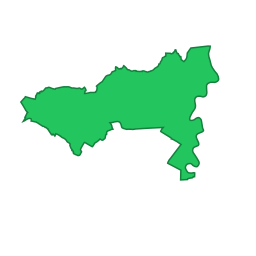 Sangeorgiu De Mures, Mures, Romania (Albers equal-area conic projection), rotated 166°
{"feature_id": "2599482B98895625146940", "entity_name": "Sangeorgiu De Mures", "entity_type": "district", "adm_level": 2, "iso_a3": "ROU", "parent_name": "Romania", "parent_adm1": "Mures", "projection": "albers", "projection_center": [24.638, 46.59], "detail": "fine", "context": "isolated", "style": "filled", "palette": "green", "viewbox_px": 256, "rotation_deg": 166, "n_neighbors": 0, "source": "geoboundaries", "source_scale": "gbopen_adm2", "svg_char_len": 5820}
<svg xmlns="http://www.w3.org/2000/svg" viewBox="0 0 256 256"><g transform="rotate(166 128 128)"><path d="M225.7,179.1L224.6,175.8L223.3,171.5L223.0,170.1L222.6,169.2L221.6,167.3L222.3,167.1L222.6,166.8L222.7,166.4L225.5,163.2L225.4,162.9L225.0,162.9L225.2,162.5L228.0,159.8L226.3,160.1L224.8,160.7L222.8,161.2L221.1,161.1L219.9,160.4L219.8,160.1L219.9,159.4L220.0,158.7L220.3,158.2L219.6,157.9L215.4,155.8L215.3,155.5L214.2,154.6L213.5,153.7L210.3,150.3L209.1,149.8L208.8,149.5L208.2,148.5L207.6,148.5L206.8,147.5L206.3,146.5L205.9,146.5L205.9,145.9L205.6,144.9L203.9,140.1L203.3,139.6L203.1,139.6L202.5,140.2L202.2,140.2L201.9,140.0L201.5,139.0L200.9,137.9L200.6,138.2L200.4,138.5L199.4,139.9L197.4,138.4L195.5,136.5L195.6,136.4L194.0,134.5L192.7,133.6L191.3,131.9L190.6,130.4L190.5,129.7L190.0,128.9L188.7,127.6L188.1,126.7L188.0,126.3L188.4,125.8L188.6,125.3L188.5,124.3L188.3,122.5L188.1,121.7L187.9,121.2L187.5,120.7L187.8,120.4L187.9,120.2L187.8,119.6L187.5,119.2L187.0,119.1L186.9,119.0L186.7,118.2L186.8,117.4L187.1,117.2L186.9,116.9L187.0,116.7L186.9,116.2L186.1,115.7L185.5,115.0L184.6,114.5L183.5,113.5L183.0,113.3L181.5,113.3L181.2,113.7L180.7,114.0L179.9,115.0L179.2,115.7L178.8,116.1L179.4,118.3L178.8,119.4L176.8,121.6L174.2,124.2L173.5,124.5L167.8,119.0L167.2,118.5L166.0,119.2L165.2,120.1L163.7,121.5L161.3,122.2L159.2,123.2L157.9,124.1L156.5,122.7L155.5,122.3L154.8,122.5L154.1,123.0L153.3,123.1L153.0,123.3L152.6,123.9L151.2,126.8L151.0,127.0L150.4,127.0L150.1,127.2L150.0,128.2L149.8,128.8L149.2,129.7L147.8,130.1L147.0,130.1L144.4,130.6L142.9,130.5L143.3,132.1L143.2,134.1L143.4,135.6L144.3,137.5L141.6,137.1L140.0,137.2L136.9,136.9L136.2,136.7L134.9,135.9L134.4,135.2L133.9,133.2L133.9,130.3L133.6,129.6L132.4,128.6L129.6,127.0L128.0,126.8L126.4,126.3L125.5,126.1L123.6,125.4L120.9,125.2L107.3,122.7L93.7,120.0L95.3,118.9L96.7,117.4L97.1,116.7L89.2,108.6L88.4,107.6L88.6,106.9L88.1,106.8L85.6,104.7L85.3,104.2L84.4,103.6L80.5,99.2L93.8,88.5L95.6,87.2L97.6,85.0L98.0,84.2L86.9,74.3L89.5,64.9L88.6,64.7L82.8,63.6L82.5,63.9L82.4,64.2L82.0,64.3L80.6,64.4L77.7,64.1L76.9,64.4L76.5,64.8L76.4,65.0L75.2,64.6L74.3,67.5L74.2,68.4L75.2,68.7L77.4,68.9L78.3,69.1L78.7,69.4L79.5,69.6L80.2,70.0L80.9,70.8L81.3,72.0L81.7,73.3L82.0,75.1L81.8,76.0L81.3,76.9L80.7,77.7L79.5,78.5L78.2,78.7L76.9,78.6L76.0,78.4L75.3,78.0L74.9,77.5L74.3,76.4L73.8,75.7L72.5,74.6L71.2,73.9L70.3,73.8L69.7,74.1L68.4,75.1L67.9,75.8L67.5,76.6L67.4,77.4L67.4,78.4L68.5,82.2L69.8,86.0L70.6,88.1L70.8,89.1L70.8,90.0L70.7,90.7L69.9,92.3L69.2,92.9L68.1,93.4L64.2,94.0L63.8,94.3L63.4,94.7L63.2,95.4L63.1,96.2L63.1,96.9L63.8,100.7L64.0,102.4L63.9,103.4L63.6,104.0L63.0,104.8L62.0,105.4L61.0,105.7L57.0,106.3L56.3,106.5L55.5,107.1L55.3,107.5L55.3,108.2L55.6,109.4L55.6,110.1L55.0,117.4L55.1,118.6L55.6,119.6L56.2,120.5L57.0,121.0L58.1,121.2L59.9,120.8L61.7,120.0L63.2,119.8L64.9,120.0L65.8,120.5L66.0,121.0L66.0,121.7L65.7,122.7L65.1,123.8L62.1,127.3L58.5,130.5L57.7,131.7L57.3,132.8L57.0,133.8L56.8,137.6L56.5,139.0L56.1,140.0L55.4,140.9L54.5,141.5L53.1,141.9L51.6,141.7L49.9,141.2L47.9,140.1L47.0,139.9L45.8,140.1L44.7,140.5L43.9,141.3L43.3,142.3L42.8,143.8L42.5,145.8L41.8,149.1L41.5,150.2L41.0,150.9L40.2,151.6L39.2,152.0L37.2,152.4L35.5,152.1L32.9,151.3L31.5,151.3L29.7,151.8L28.5,152.8L28.2,153.6L28.1,154.6L28.0,156.0L28.5,158.8L30.1,162.1L31.5,165.9L32.1,168.5L32.1,174.4L32.3,177.3L32.1,179.6L31.7,181.2L31.0,182.5L29.7,184.5L28.9,186.2L28.4,187.5L30.3,188.1L47.7,190.4L52.0,186.7L52.4,186.3L52.5,185.9L53.5,183.1L54.0,182.1L54.8,181.0L55.5,180.4L57.7,178.9L59.5,181.0L59.4,181.0L59.7,181.4L59.7,182.9L59.6,183.6L59.4,184.1L59.7,184.4L59.7,184.5L59.9,184.5L60.0,184.2L60.4,184.5L60.5,185.6L61.1,186.8L61.2,188.0L62.1,188.3L62.7,190.7L62.7,192.2L63.3,192.4L63.6,192.2L63.8,191.7L64.3,190.8L65.3,190.6L65.6,190.3L66.0,190.1L66.2,189.6L66.3,189.5L66.9,189.7L67.6,189.5L68.1,189.5L68.7,190.0L68.9,190.3L69.8,190.5L73.3,191.5L73.5,190.6L73.5,189.8L74.1,188.5L74.8,188.6L75.3,188.4L76.5,187.9L77.4,187.9L78.0,187.2L78.3,186.5L79.0,185.5L80.7,184.0L81.3,182.8L81.9,182.5L82.6,182.6L83.0,181.7L83.8,180.7L85.5,180.0L87.8,179.3L88.5,178.7L90.0,178.0L91.6,177.8L92.1,177.9L92.5,177.6L94.0,177.7L94.4,177.6L94.6,177.5L95.1,177.4L96.4,178.0L97.9,178.9L98.8,179.6L99.4,179.7L100.2,179.9L100.3,179.6L100.5,179.4L101.1,179.7L102.7,179.9L105.5,180.8L105.7,181.0L106.3,181.0L106.2,181.5L106.7,181.9L107.2,181.9L108.4,182.3L110.3,182.1L110.6,182.3L111.0,182.4L111.8,183.0L112.5,183.9L113.4,184.4L113.8,184.4L114.6,185.1L114.7,185.6L115.3,186.9L117.0,189.5L117.2,189.4L117.4,189.2L117.4,188.8L118.1,188.3L120.0,187.1L120.4,187.0L120.9,187.6L122.1,187.4L122.5,187.5L122.9,187.7L123.1,188.0L123.3,188.5L123.8,189.3L124.2,189.5L124.8,190.2L125.1,190.3L125.3,190.0L125.7,188.9L126.1,186.8L127.6,186.6L128.4,186.4L129.7,186.4L131.6,184.5L132.9,184.0L135.2,184.0L136.2,183.8L136.9,183.5L137.8,182.8L141.8,179.2L143.9,178.5L147.5,176.8L148.4,176.3L148.5,176.2L148.2,175.7L148.2,174.9L148.2,174.6L148.5,173.8L149.1,172.4L149.4,171.8L149.8,171.5L150.6,171.1L150.8,170.5L152.5,170.7L155.9,171.6L158.4,171.6L160.9,171.8L161.7,172.0L161.3,172.7L161.1,173.6L160.8,174.2L159.9,174.3L159.6,174.8L159.7,176.1L159.8,176.4L159.9,176.9L160.5,178.1L162.7,177.0L163.6,176.9L163.9,177.1L165.1,178.3L165.6,178.6L167.5,178.6L168.2,178.8L171.1,180.0L172.5,180.3L173.0,180.5L174.7,181.8L175.6,182.3L176.7,182.6L180.5,183.5L182.7,183.7L187.1,183.8L188.4,183.9L188.9,183.7L189.3,183.3L191.6,184.4L194.4,186.4L195.4,186.7L196.4,186.5L198.2,186.7L200.7,184.8L201.9,184.4L202.8,184.0L203.0,184.3L203.1,184.7L204.2,184.5L204.8,184.3L205.6,183.9L205.1,183.5L205.4,182.9L206.8,183.3L207.5,183.9L209.1,182.0L209.9,181.3L210.0,181.0L209.9,180.3L211.2,178.4L215.2,180.4L220.0,183.2L220.6,182.5L221.1,182.1L222.2,181.5L225.7,179.1Z" fill="#22c55e" stroke="#15803d" stroke-width="1.5"/></g></svg>